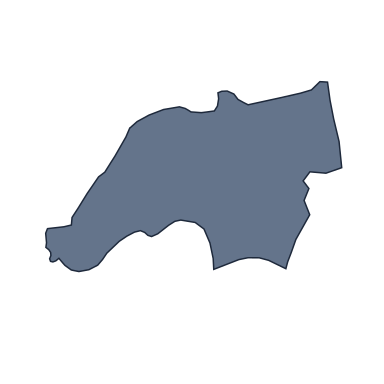 the border of Trebinje, rotated 79°
{"feature_id": "BIH-4808", "entity_name": "Trebinje", "entity_type": "state/province", "adm_level": 1, "iso_a3": "BIH", "parent_name": "Bosnia and Herzegovina", "parent_adm1": "", "projection": "equal_earth", "projection_center": [18.312, 43.002], "detail": "fine", "context": "isolated", "style": "filled", "palette": "slate", "viewbox_px": 384, "rotation_deg": 79, "n_neighbors": 0, "source": "natural_earth", "source_scale": "10m", "svg_char_len": 1362}
<svg xmlns="http://www.w3.org/2000/svg" viewBox="0 0 384 384"><g transform="rotate(79 192 192)"><path d="M218.5,346.0L214.1,344.5L204.6,343.5L200.6,341.0L200.4,340.7L201.7,324.4L201.4,316.7L194.1,314.6L186.5,307.2L173.5,295.2L159.3,280.8L158.2,278.5L155.9,273.8L148.2,266.6L142.1,260.8L125.3,246.3L117.5,241.0L117.3,240.9L117.1,240.4L112.4,232.4L108.3,219.5L105.7,204.7L105.6,204.1L105.7,200.8L106.0,188.1L108.7,182.7L111.3,179.7L113.2,177.7L115.9,167.7L116.3,162.0L116.7,154.6L112.5,150.6L107.0,148.6L105.7,148.1L104.7,148.0L99.6,147.6L98.8,143.6L99.6,138.2L103.8,132.2L109.9,129.2L114.1,124.2L117.1,120.3L116.4,89.0L115.7,66.7L114.6,55.3L108.1,45.4L108.7,42.9L110.0,38.0L128.2,39.0L147.3,39.0L170.5,38.0L196.7,40.4L199.1,56.9L194.7,72.4L202.3,80.8L210.9,76.6L221.7,83.6L236.8,80.8L258.4,99.1L270.3,106.1L278.8,111.4L285.2,114.5L273.7,129.8L269.4,138.6L267.3,149.1L267.2,149.8L267.3,158.9L272.1,185.4L261.3,183.9L245.5,184.1L230.6,187.3L222.5,194.7L217.4,208.4L217.5,214.4L220.2,221.3L226.5,233.6L228.0,240.2L226.1,243.6L222.7,246.1L220.1,250.0L220.4,256.1L222.9,264.4L226.5,272.8L235.8,287.3L241.2,292.7L245.8,298.5L248.6,308.0L248.5,318.2L246.7,322.6L245.5,325.4L239.8,330.7L237.1,332.3L231.7,335.3L233.6,338.8L234.1,341.9L233.1,344.1L230.4,344.5L227.4,342.6L224.3,342.3L221.3,343.6L218.5,346.0Z" fill="#64748b" stroke="#1e293b" stroke-width="1.5"/></g></svg>